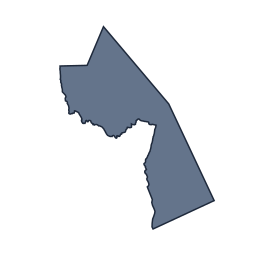 outline of Nkimi, Centro Sur, Equatorial Guinea, rotated 155°
{"feature_id": "11065452B74289865102960", "entity_name": "Nkimi", "entity_type": "district", "adm_level": 2, "iso_a3": "GNQ", "parent_name": "Equatorial Guinea", "parent_adm1": "Centro Sur", "projection": "equal_earth", "projection_center": [10.486, 1.923], "detail": "fine", "context": "isolated", "style": "filled", "palette": "slate", "viewbox_px": 256, "rotation_deg": 155, "n_neighbors": 0, "source": "geoboundaries", "source_scale": "gbopen_adm2", "svg_char_len": 4879}
<svg xmlns="http://www.w3.org/2000/svg" viewBox="0 0 256 256"><g transform="rotate(155 128 128)"><path d="M146.1,127.0L145.5,127.3L145.2,127.5L144.9,127.5L144.6,127.5L144.3,127.4L144.0,127.0L143.8,126.5L143.6,125.4L143.6,124.8L143.3,124.1L142.8,123.7L142.5,123.8L142.1,123.9L142.0,124.4L141.8,125.1L141.6,125.4L141.3,125.6L141.0,125.6L140.8,125.3L140.6,125.0L140.4,124.7L140.0,124.8L139.7,124.2L139.2,124.0L138.9,124.1L137.2,125.5L137.0,125.3L136.6,125.2L136.3,125.2L136.1,125.4L135.9,125.7L135.7,126.0L135.3,126.2L135.0,126.0L134.9,126.0L134.5,125.8L134.4,125.8L133.7,125.8L133.3,125.6L133.2,125.6L132.5,125.5L132.2,125.6L131.8,125.9L131.7,126.0L130.6,127.2L130.3,127.5L129.7,127.6L129.0,128.0L128.9,128.1L128.6,128.6L128.4,128.9L128.1,128.8L127.8,128.6L127.6,128.4L127.2,128.2L126.6,127.7L125.9,127.4L124.9,127.2L124.7,127.2L124.4,127.4L124.3,127.7L124.2,127.8L123.9,128.7L123.4,129.7L123.2,130.2L122.7,129.5L122.5,129.3L122.1,128.9L121.3,128.6L120.8,128.2L120.6,128.2L120.1,128.2L119.9,128.2L119.9,128.3L119.7,128.4L119.7,128.5L119.4,128.9L119.2,129.2L118.9,129.3L118.7,129.4L118.6,129.5L117.9,130.4L117.9,130.5L117.6,131.2L117.5,131.3L117.2,131.3L116.7,131.5L116.4,131.5L116.4,131.4L116.2,131.4L116.1,131.5L115.4,131.7L115.0,131.9L114.8,131.8L114.4,131.5L114.0,131.2L113.9,130.8L113.8,130.2L113.7,130.0L113.7,129.9L113.2,129.3L113.1,129.2L112.1,128.4L111.4,128.0L110.1,126.9L109.0,126.3L108.2,125.6L107.4,125.2L107.0,124.7L106.9,124.5L106.9,124.3L107.2,123.3L107.2,123.1L107.3,123.0L107.3,122.9L107.2,122.7L107.0,122.2L106.9,122.2L106.4,121.8L106.1,121.5L106.0,121.4L105.5,121.2L105.3,121.1L104.9,121.2L104.6,121.0L104.3,121.0L101.4,118.7L102.5,117.1L103.5,116.0L104.1,115.6L104.3,115.4L106.5,111.9L107.4,110.9L108.3,109.8L108.8,109.5L108.9,109.3L109.0,109.3L109.4,108.6L110.4,107.4L110.5,107.2L110.8,106.5L111.2,106.0L111.3,106.0L111.4,105.9L111.8,105.2L112.2,104.7L113.4,103.6L114.1,102.8L114.5,102.2L115.0,101.3L116.0,99.9L116.9,98.9L117.5,98.2L117.9,97.6L118.5,97.2L119.1,96.8L119.5,96.4L120.2,95.8L120.6,95.4L120.9,95.0L121.7,94.6L121.8,94.5L122.4,93.9L122.7,93.6L123.1,93.2L123.7,92.9L124.1,92.5L124.5,92.4L124.9,92.4L125.0,92.3L125.3,92.1L125.7,91.4L125.9,91.0L126.0,90.9L126.2,90.3L126.4,90.0L126.8,89.5L127.2,89.3L127.6,89.2L128.4,89.0L128.5,89.0L128.6,88.9L128.7,88.7L128.8,88.5L128.8,88.4L128.9,87.4L128.8,87.2L128.7,86.5L128.6,86.4L128.4,85.8L128.4,85.7L128.6,85.5L128.6,85.4L128.9,84.9L128.9,84.7L128.9,84.4L128.8,83.7L128.8,82.9L128.8,82.6L129.0,82.5L129.6,82.4L129.9,82.4L130.0,82.3L130.9,81.9L131.0,81.8L131.1,81.7L131.4,80.5L131.4,80.4L131.5,80.4L131.5,79.8L131.5,79.7L131.5,79.4L131.4,79.3L131.0,78.4L130.9,78.3L130.8,78.2L131.0,77.5L131.0,77.3L131.0,77.2L131.0,76.3L131.0,75.6L131.1,75.3L132.0,74.4L132.4,73.8L132.5,73.8L132.5,73.6L132.6,73.4L132.7,72.8L132.7,72.6L132.7,72.4L132.6,72.0L132.5,71.2L132.5,70.7L132.6,69.4L132.8,68.4L133.1,67.7L133.7,67.2L134.5,66.7L135.4,66.5L136.2,52.8L137.9,50.5L138.5,47.4L138.5,43.8L138.8,41.0L140.1,39.1L142.3,36.8L144.1,35.1L146.4,31.4L147.7,28.8L148.0,28.3L148.0,25.9L80.6,25.8L80.9,132.6L107.4,230.2L138.5,202.1L139.2,202.3L163.4,212.9L163.8,212.0L164.1,211.4L164.5,210.8L164.8,210.2L165.1,209.3L165.4,208.3L165.7,207.3L166.1,206.7L166.3,206.0L167.1,203.8L168.2,201.5L168.6,201.1L168.9,200.6L168.7,200.0L169.0,199.0L169.6,198.0L169.6,196.8L169.6,195.9L170.2,195.0L170.5,193.9L170.8,192.8L171.0,191.6L171.2,190.7L171.7,189.6L172.2,188.5L171.0,184.8L170.8,184.2L171.0,182.6L171.2,182.3L171.9,181.9L172.1,181.7L172.4,181.4L172.5,181.1L173.1,179.4L173.2,179.0L173.0,178.8L172.8,178.6L172.2,178.0L172.1,177.4L172.1,177.1L172.3,176.4L172.7,175.8L172.6,175.5L172.5,174.3L172.5,173.1L172.8,172.2L173.0,171.0L173.7,170.1L174.3,168.9L174.3,168.4L174.4,168.0L174.8,167.4L175.2,166.8L175.4,166.5L175.3,165.9L174.7,165.2L174.3,165.0L173.9,164.9L173.4,164.9L172.9,164.9L172.6,164.7L172.2,164.5L171.6,164.8L171.2,164.6L170.8,164.4L170.5,164.3L170.1,164.7L169.4,165.6L169.2,166.1L168.8,166.0L168.2,165.3L167.7,164.7L167.4,164.3L166.8,163.7L166.2,162.3L166.3,161.5L166.3,160.9L166.1,159.7L165.9,157.4L165.9,157.0L165.9,156.6L165.9,156.1L166.5,154.7L166.9,154.7L167.1,154.1L167.3,153.3L167.0,151.4L166.6,151.0L166.0,151.1L165.6,150.8L165.2,150.4L164.4,150.8L163.8,151.5L163.6,151.9L163.3,152.2L162.9,152.4L162.5,152.4L162.3,152.1L162.2,151.7L162.1,151.2L161.9,150.7L161.6,150.6L161.1,151.0L160.7,151.2L160.3,151.4L160.0,151.3L159.3,150.9L158.8,150.2L158.9,149.8L159.0,148.3L158.9,148.0L158.7,147.8L158.3,146.8L158.3,145.8L158.2,145.7L157.5,146.0L157.5,145.4L157.2,144.9L156.7,145.0L156.2,144.9L155.1,144.5L154.2,143.7L154.1,143.2L153.6,142.2L152.7,141.9L152.0,140.9L151.5,140.5L150.9,139.4L150.7,138.5L150.3,137.3L150.3,135.6L150.0,134.2L150.2,133.6L150.0,132.4L150.0,131.6L149.7,130.5L149.6,130.0L149.2,129.5L148.4,128.5L147.7,127.8L146.7,127.5L146.4,127.3L146.1,127.0Z" fill="#64748b" stroke="#1e293b" stroke-width="1.5"/></g></svg>